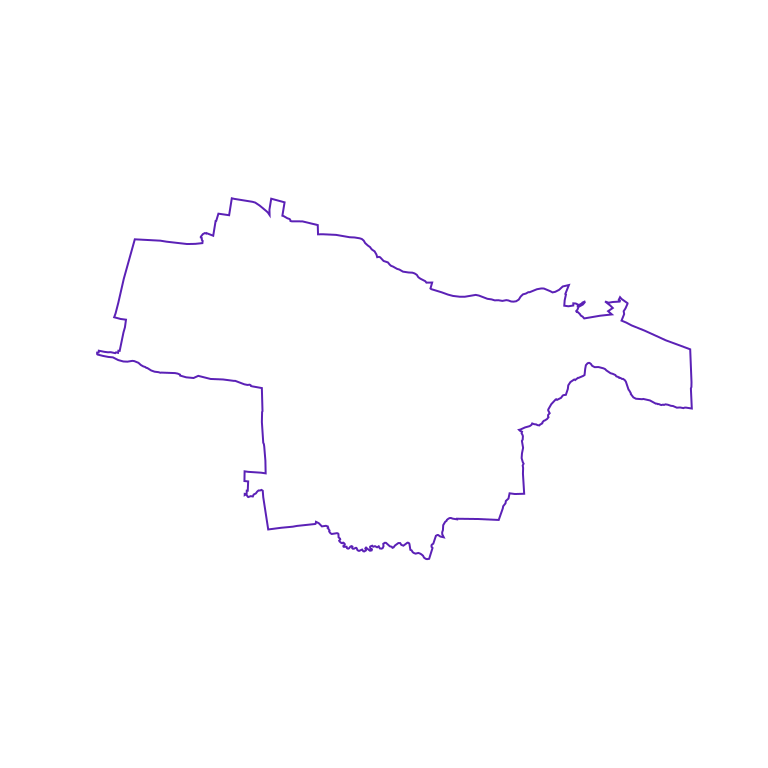 Ipatele, Iasi, Romania (Mercator projection), rotated 116°
{"feature_id": "2599482B24354712900098", "entity_name": "Ipatele", "entity_type": "district", "adm_level": 2, "iso_a3": "ROU", "parent_name": "Romania", "parent_adm1": "Iasi", "projection": "mercator", "projection_center": [27.426, 46.918], "detail": "fine", "context": "isolated", "style": "outline", "palette": "violet", "viewbox_px": 768, "rotation_deg": 116, "n_neighbors": 0, "source": "geoboundaries", "source_scale": "gbopen_adm2", "svg_char_len": 6165}
<svg xmlns="http://www.w3.org/2000/svg" viewBox="0 0 768 768"><g transform="rotate(116 384 384)"><path d="M481.5,655.6L482.8,655.0L483.1,654.4L481.9,648.7L480.5,643.6L478.9,639.3L479.0,633.4L478.0,628.1L476.4,624.4L473.5,620.3L472.9,618.5L472.6,614.0L473.5,610.9L473.7,608.2L473.4,605.9L473.7,604.7L473.4,603.8L473.9,599.2L473.5,595.6L472.2,591.8L471.9,589.9L471.3,589.0L465.8,576.6L465.1,574.0L465.0,571.4L465.8,570.9L464.7,564.7L462.1,557.8L458.1,554.5L455.5,542.1L450.5,530.7L447.0,520.3L446.4,519.1L445.5,509.4L444.7,506.3L443.5,504.4L443.6,503.2L444.1,502.7L443.9,501.5L441.2,492.0L461.7,481.3L462.6,481.3L471.7,477.1L489.7,466.8L490.7,465.6L492.6,464.3L504.9,457.0L516.2,451.2L517.6,455.6L522.5,467.6L523.6,471.0L532.4,466.9L531.1,463.4L539.6,459.7L540.0,460.6L543.3,459.2L543.8,461.0L544.9,460.5L544.2,460.0L543.9,459.0L545.1,456.8L545.1,456.4L543.2,454.6L542.6,452.6L540.5,452.7L538.5,451.2L536.3,450.8L534.7,450.1L534.1,448.8L532.9,447.7L533.1,446.2L538.7,442.9L565.5,424.3L558.3,413.4L552.2,403.4L549.7,400.0L540.0,384.5L539.5,384.2L537.7,384.7L537.7,381.6L539.2,377.4L536.9,374.0L536.7,372.0L538.0,371.5L537.8,371.0L538.8,370.2L539.5,368.8L540.6,368.6L541.6,366.7L541.7,365.2L538.7,360.9L538.5,360.0L538.8,359.2L541.7,357.6L542.3,355.7L542.9,355.2L544.5,355.6L545.0,354.9L545.6,352.6L545.3,351.6L544.5,351.2L544.6,350.0L545.0,349.2L545.6,348.8L547.3,349.5L547.9,349.2L548.0,348.8L546.7,346.3L547.8,345.2L547.8,344.5L547.6,343.9L547.0,343.4L544.8,342.9L543.9,342.0L544.0,341.1L545.3,340.8L545.7,339.9L545.3,338.9L543.5,337.4L543.4,337.0L543.9,336.2L544.9,335.1L545.1,333.9L544.8,333.1L542.4,331.1L543.4,329.3L543.2,328.4L541.5,327.3L540.9,327.6L540.0,328.7L538.9,328.5L538.8,328.2L539.3,327.2L540.0,323.5L539.0,322.2L538.0,322.3L537.7,322.8L537.9,323.8L537.7,324.2L536.6,325.1L535.9,325.0L534.5,323.7L535.0,322.4L533.7,321.0L533.8,318.6L532.2,317.6L533.6,315.7L533.1,314.1L532.2,313.3L530.1,313.3L527.9,314.6L526.3,313.6L525.9,312.5L527.3,307.6L526.9,305.7L527.5,304.6L526.7,303.8L524.3,303.3L520.7,301.4L519.9,299.7L521.0,297.9L520.8,295.7L516.4,293.4L516.1,292.9L516.2,291.5L516.8,290.9L521.5,287.6L521.4,286.3L522.6,284.4L522.8,282.9L522.6,281.2L520.8,279.1L520.6,277.4L520.7,275.8L521.2,273.7L522.5,271.9L522.7,270.9L522.8,269.3L522.4,268.3L521.3,266.8L510.1,268.5L509.5,269.9L508.1,270.6L507.3,270.5L505.9,269.7L497.7,270.8L496.3,269.8L496.0,269.1L496.4,266.5L495.6,263.1L493.5,265.8L491.8,266.7L489.5,267.0L484.9,268.9L481.1,268.6L479.5,267.8L478.5,267.9L476.7,267.0L475.7,266.2L475.1,265.1L474.9,263.2L473.6,259.0L473.1,259.3L463.9,239.8L455.9,221.3L443.8,222.7L441.6,223.3L438.0,222.5L435.7,223.2L432.4,221.9L427.2,223.2L425.5,218.1L421.2,209.9L403.7,219.8L398.4,222.2L396.5,223.6L394.4,223.6L393.5,224.9L390.3,227.8L385.8,229.6L380.4,231.0L374.7,235.1L373.1,235.0L370.2,236.2L369.3,236.9L367.9,238.8L366.4,239.0L366.4,241.4L366.0,242.5L365.2,241.5L361.2,238.2L358.0,234.6L356.0,233.5L354.5,233.5L354.3,231.5L353.6,229.4L353.7,228.1L353.1,226.2L352.2,226.0L350.0,224.5L349.2,224.8L347.1,224.3L346.3,223.5L344.0,222.1L341.7,221.6L341.0,222.5L339.8,222.9L337.6,222.3L335.8,224.8L334.9,225.2L328.8,224.8L322.6,222.9L322.2,222.4L322.5,221.9L322.4,221.5L318.8,218.8L316.0,218.3L315.1,217.5L314.0,215.8L307.9,216.6L304.4,217.8L300.5,217.3L296.7,215.1L296.4,214.6L296.6,213.9L293.5,212.4L293.3,211.9L289.4,208.5L288.0,207.7L282.2,209.8L278.6,210.8L276.1,210.1L275.1,209.0L275.0,208.4L275.3,206.8L276.4,204.9L276.5,202.1L274.7,198.5L273.7,193.5L273.7,191.7L274.3,190.1L275.0,185.1L274.6,183.0L274.5,180.0L275.3,178.5L275.0,176.8L275.3,175.9L275.0,175.4L275.3,175.0L274.9,174.1L275.1,172.2L274.6,171.4L274.7,170.8L275.0,169.2L275.9,167.6L281.9,161.7L282.2,160.9L284.2,158.0L284.8,157.8L286.7,154.0L286.8,151.1L284.5,145.3L283.8,144.5L282.2,137.8L282.5,131.1L282.0,130.2L282.1,129.2L281.6,128.3L281.4,125.6L280.2,124.1L280.1,123.2L278.9,122.1L278.2,119.8L277.8,116.5L277.1,114.6L276.9,110.4L275.3,107.6L274.4,104.3L273.6,103.6L272.9,102.4L271.1,96.6L253.5,106.2L251.9,106.4L247.6,108.4L218.6,124.0L221.2,149.9L221.8,173.2L222.8,187.1L222.6,193.1L222.9,198.3L215.9,198.8L213.5,200.5L210.3,200.1L205.0,200.3L204.6,200.6L203.4,207.9L202.5,209.9L205.4,209.9L205.8,208.4L206.6,208.3L210.0,214.3L212.5,217.8L212.9,221.5L214.2,215.3L215.4,211.7L220.3,214.5L221.6,209.7L227.9,219.7L237.3,232.8L236.4,235.0L236.2,237.2L235.4,238.3L234.4,241.3L234.8,242.3L234.2,243.2L232.3,242.7L229.5,243.0L225.4,240.1L222.6,239.4L222.1,239.9L223.8,241.3L225.0,241.6L228.7,244.2L227.6,244.7L227.6,246.9L228.5,249.2L230.5,248.3L233.3,252.3L234.6,256.3L229.6,258.3L223.8,259.7L223.6,260.5L214.0,261.2L218.0,266.1L222.6,267.9L226.1,270.5L227.8,272.7L227.7,275.2L228.1,282.2L229.3,284.7L231.8,288.1L237.6,293.3L238.3,294.6L240.5,296.1L242.5,298.4L245.5,299.5L249.1,299.9L251.7,301.5L253.2,303.7L254.1,305.9L254.4,308.9L255.0,310.8L257.4,314.0L258.6,318.0L260.3,321.2L260.8,324.4L262.1,328.4L262.9,337.4L263.7,340.6L270.2,349.7L272.4,354.3L274.6,360.6L275.6,365.7L276.3,372.3L278.0,383.0L277.8,384.1L271.7,385.2L274.3,390.3L273.5,392.0L273.4,397.4L273.0,399.9L271.5,402.4L271.2,405.0L271.5,407.3L273.0,410.8L274.7,416.2L274.4,420.4L274.8,422.7L274.5,427.5L274.7,429.4L274.2,431.2L273.0,433.8L273.6,438.3L271.8,443.0L271.9,444.2L273.0,445.7L271.0,447.5L268.9,450.6L268.5,453.5L267.9,455.1L267.1,456.4L266.6,459.3L265.6,462.7L264.0,465.1L263.4,467.5L263.7,469.7L265.2,474.7L267.1,479.1L271.0,492.5L276.3,504.8L278.4,508.9L270.2,513.2L273.6,528.6L278.2,538.2L278.5,539.5L277.5,540.3L277.1,541.2L277.4,543.5L277.1,547.7L277.3,549.1L264.3,553.0L266.9,566.6L277.5,563.4L282.3,560.9L280.8,563.5L280.2,565.4L278.1,574.1L277.4,579.3L277.9,582.1L283.2,599.6L283.8,602.2L300.2,597.2L303.5,607.5L311.0,606.3L311.3,606.8L325.6,602.5L326.2,609.7L326.7,609.7L326.9,611.2L328.7,612.5L332.0,613.2L332.6,612.9L332.6,611.9L334.4,610.8L334.9,609.7L337.0,609.0L340.8,615.1L344.5,622.3L351.4,641.8L353.2,647.8L363.2,671.4L403.5,664.0L427.5,658.4L438.3,656.2L442.3,655.8L441.0,649.2L439.3,644.1L446.6,641.7L451.7,640.8L470.1,636.1L470.5,637.3L472.6,636.7L473.0,638.7L474.1,639.1L475.2,643.6L476.5,646.0L477.6,649.2L479.1,654.9L480.7,654.3L481.5,655.6Z" fill="none" stroke="#5b21b6" stroke-width="2"/></g></svg>